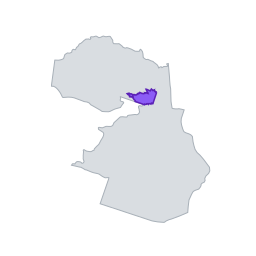 location of Serenje, Central, Zambia, rotated 289°
{"feature_id": "96606910B77122166525946", "entity_name": "Serenje", "entity_type": "district", "adm_level": 2, "iso_a3": "ZMB", "parent_name": "Zambia", "parent_adm1": "Central", "projection": "equal_earth", "projection_center": [30.192, -13.189], "detail": "fine", "context": "in_parent", "style": "filled", "palette": "violet", "viewbox_px": 256, "rotation_deg": 289, "n_neighbors": 0, "source": "geoboundaries", "source_scale": "gbopen_adm2", "svg_char_len": 6928}
<svg xmlns="http://www.w3.org/2000/svg" viewBox="0 0 256 256"><g transform="rotate(289 128 128)"><path d="M163.4,175.2L154.3,175.3L151.0,176.2L148.2,177.7L145.0,180.0L143.1,181.6L142.6,182.5L142.3,184.4L142.3,187.5L142.0,189.6L141.0,191.6L136.1,194.0L132.9,196.0L129.7,198.3L127.3,201.3L125.7,205.0L123.0,209.6L117.4,217.8L114.1,219.3L111.3,219.0L108.0,217.3L105.3,217.0L103.4,218.0L101.6,217.7L99.9,216.0L98.5,215.4L97.4,215.8L95.9,215.7L93.3,214.8L91.0,211.9L89.7,210.7L88.8,210.2L86.1,209.7L79.8,209.1L73.3,210.5L67.6,212.0L61.7,205.5L56.0,198.6L54.8,196.8L52.7,194.5L51.1,193.4L50.5,192.8L48.9,186.7L48.0,181.0L47.3,126.3L73.0,126.3L74.7,126.1L74.7,125.5L73.5,122.6L73.6,121.5L73.9,119.5L75.0,115.6L75.0,114.2L74.5,109.9L74.5,107.5L74.8,102.6L74.6,100.9L75.2,98.7L75.3,97.3L75.6,96.6L75.3,95.0L74.7,89.1L74.4,86.7L76.0,87.1L76.5,88.3L76.8,89.6L77.5,89.6L79.3,90.4L80.0,91.5L80.4,93.8L80.2,95.0L79.6,96.0L80.2,96.9L81.4,97.4L82.1,97.3L84.2,95.7L86.1,95.1L87.1,94.7L91.3,93.6L92.2,93.0L92.8,93.0L93.2,93.5L92.8,95.2L92.7,96.6L93.2,99.4L93.6,100.7L94.5,101.6L95.2,102.1L95.9,103.1L97.4,103.0L100.6,104.4L101.6,105.0L103.0,105.7L104.0,105.9L107.4,106.4L110.9,107.2L112.8,107.3L114.1,107.1L115.0,106.7L115.5,106.2L115.8,105.8L117.1,100.6L117.8,100.2L118.7,99.9L119.2,100.4L119.8,103.7L122.4,106.7L123.2,109.2L123.9,111.3L124.4,111.9L125.4,112.7L127.0,112.9L128.4,113.0L135.3,116.7L136.1,117.3L136.9,119.3L137.4,121.5L138.0,123.3L138.9,123.6L139.7,123.7L140.5,124.9L141.0,126.0L143.1,130.3L143.4,132.0L144.4,133.1L145.7,133.6L147.0,133.7L147.7,133.2L149.5,132.3L150.8,131.3L151.8,130.9L152.4,131.1L152.9,131.8L153.2,134.0L154.2,134.7L154.9,134.4L155.2,133.6L155.2,133.2L155.1,110.6L154.5,110.8L153.7,111.4L151.9,111.5L151.2,112.0L151.0,112.7L151.1,113.6L151.1,114.9L150.9,115.5L150.1,115.7L148.9,115.2L146.8,114.6L145.0,114.2L143.8,112.5L142.1,110.0L141.0,108.7L138.3,106.0L137.8,105.5L137.0,104.2L136.3,102.1L135.6,99.6L135.2,98.1L135.9,95.7L137.4,87.8L137.8,85.4L139.1,82.9L139.2,80.7L138.7,77.9L138.8,76.3L139.0,67.3L138.6,64.4L137.7,61.3L135.8,56.9L135.8,56.0L138.7,53.1L139.6,52.0L141.2,49.7L142.3,47.7L142.9,46.1L143.2,44.1L142.6,42.1L143.7,41.7L168.4,36.7L168.8,38.0L169.5,40.3L170.4,41.9L171.4,43.3L172.3,44.2L172.9,44.5L176.7,44.4L178.1,45.3L179.3,46.4L179.6,48.1L180.4,49.2L181.2,50.0L181.6,50.1L182.2,49.9L183.2,49.9L184.2,50.3L184.6,50.7L184.7,52.1L184.9,52.8L186.2,53.0L187.5,53.1L188.8,54.1L190.2,54.3L191.7,54.7L192.5,55.7L194.2,56.8L196.2,57.8L198.5,59.4L198.5,59.9L198.9,60.8L199.3,61.5L199.3,62.5L199.5,63.4L200.1,63.6L200.6,63.7L201.0,63.0L201.7,63.0L202.3,63.5L202.5,64.5L203.1,65.9L203.9,66.9L204.5,67.9L204.3,69.6L203.9,71.1L205.0,72.7L206.5,74.2L206.9,74.8L207.0,77.0L207.2,77.7L208.2,79.6L208.7,80.8L208.7,81.5L206.0,85.0L204.3,85.6L203.6,86.3L203.1,87.1L204.2,90.7L204.8,92.0L204.3,93.7L203.2,96.6L202.7,96.9L202.6,99.1L202.9,99.9L203.5,100.5L203.7,102.0L203.6,105.6L202.9,109.8L204.1,113.4L204.5,113.8L206.2,113.9L206.5,114.2L206.1,115.2L204.9,116.8L202.8,118.1L199.7,119.4L199.1,120.8L198.6,122.7L199.0,123.8L199.4,124.4L199.2,126.1L199.0,127.9L199.1,129.2L198.9,130.5L198.5,131.1L198.0,132.9L197.3,134.8L196.8,135.6L196.0,136.5L194.8,137.3L194.8,137.6L196.2,138.5L196.5,139.1L196.7,139.5L196.1,140.4L196.7,141.0L197.5,141.5L198.2,142.7L199.0,145.0L199.2,145.3L199.4,145.3L199.9,145.0L200.7,144.1L201.3,143.8L202.1,145.1L189.3,150.8L186.3,152.0L181.8,154.0L180.3,154.8L179.1,155.5L167.2,160.0L165.4,160.9L161.2,163.2L161.0,163.5L161.1,164.6L161.5,166.7L162.2,168.7L162.8,169.8L163.2,172.7L163.4,175.2Z" fill="#d9dde1" stroke="#a8b0b8" stroke-width="1"/><path d="M155.4,126.1L155.4,134.5L155.2,135.6L155.2,135.8L155.6,135.9L155.6,136.0L155.8,136.0L155.7,136.2L155.8,136.3L155.9,136.6L156.0,136.6L156.2,137.0L156.3,137.1L156.5,137.4L156.5,137.7L156.5,137.8L156.9,137.8L156.9,138.0L157.0,138.0L157.0,138.3L157.0,138.5L157.4,138.7L157.4,138.9L157.5,139.0L157.4,139.3L157.5,139.4L157.4,139.5L157.5,139.5L157.5,139.8L157.6,140.0L157.9,140.2L158.0,140.4L158.1,140.5L158.1,140.9L158.3,141.0L158.2,141.0L158.3,141.3L158.3,141.2L158.5,141.4L158.5,141.5L158.7,141.8L158.8,142.1L158.7,142.1L158.8,142.2L158.8,142.3L159.0,142.3L159.0,142.5L158.9,142.6L159.0,142.6L159.1,142.8L159.0,143.1L159.1,143.3L159.2,143.5L159.3,143.4L159.3,143.5L159.7,143.6L170.3,143.5L170.3,143.4L170.5,143.2L170.7,142.7L170.8,142.7L170.9,142.9L171.0,142.9L170.9,142.5L171.0,142.2L171.4,142.3L171.4,142.2L171.5,142.1L171.5,141.8L171.4,141.5L171.4,141.3L171.5,141.2L171.9,141.2L172.0,141.1L172.3,140.6L172.5,140.5L172.4,140.5L172.4,140.4L172.5,140.4L172.4,140.3L172.5,140.3L172.4,140.3L172.4,140.2L172.2,140.1L172.0,139.9L171.9,139.9L171.9,139.7L172.0,139.3L172.0,139.1L171.9,139.0L171.7,139.0L172.0,138.4L172.2,138.1L172.5,137.4L170.3,136.9L170.7,133.0L170.5,132.4L167.2,135.6L167.2,135.4L167.2,135.2L167.3,135.2L167.2,135.1L167.3,135.0L167.3,134.9L167.3,134.7L167.3,134.4L167.2,134.4L167.2,134.2L167.1,133.9L167.2,133.6L167.2,133.4L167.1,133.2L167.0,132.9L166.9,132.9L166.9,133.0L166.8,132.9L166.7,132.8L166.7,132.7L166.6,132.8L166.4,132.8L166.4,132.6L166.2,132.2L166.2,132.3L166.1,132.2L165.9,131.8L165.7,131.8L165.7,131.7L165.6,131.4L165.5,131.2L165.4,131.2L165.3,130.8L165.3,130.6L165.4,130.4L165.4,129.9L165.4,129.7L165.1,129.4L165.5,128.4L165.3,128.0L165.3,127.8L165.4,127.6L164.9,127.5L164.5,126.8L164.2,126.7L164.1,126.9L164.0,126.7L164.2,126.4L164.0,126.2L163.9,126.1L163.7,126.3L163.4,126.4L163.3,126.2L163.2,126.2L163.0,125.9L162.9,125.6L162.6,125.3L162.4,125.3L162.1,125.3L162.1,125.2L161.9,124.9L161.9,125.0L161.9,124.9L161.9,124.7L161.7,124.4L161.8,124.4L161.7,124.3L161.7,124.2L161.6,123.9L161.5,123.7L161.6,123.4L161.7,123.2L161.6,122.8L161.6,122.7L161.4,122.4L161.1,122.4L160.9,122.2L161.0,122.2L160.9,121.6L161.0,121.5L160.9,121.4L161.0,121.3L161.1,120.9L161.3,120.7L161.3,120.4L161.3,120.2L161.4,119.9L161.3,119.7L161.2,119.7L161.0,119.4L161.0,119.2L161.1,118.9L161.1,118.7L161.2,118.3L161.2,118.2L161.3,118.0L161.3,117.9L161.2,117.8L160.9,117.7L160.8,117.4L160.7,117.4L160.8,117.1L160.7,117.0L160.7,116.9L160.8,116.8L160.7,116.7L160.3,116.4L160.3,116.2L160.2,116.0L160.0,116.3L160.0,116.6L159.9,116.7L159.9,116.8L159.7,116.9L159.8,117.1L159.7,117.2L159.7,117.4L159.8,117.5L159.7,117.6L159.6,117.9L159.5,118.0L159.4,118.1L159.5,118.3L159.4,118.4L159.3,118.6L159.2,118.6L158.8,118.7L158.8,118.8L158.8,119.0L158.7,119.0L158.4,119.4L158.3,119.6L158.2,119.6L158.3,119.8L158.3,120.1L158.2,120.1L158.2,120.3L158.3,120.5L158.5,120.4L158.5,120.5L158.6,120.9L158.8,121.0L158.6,120.9L158.5,121.0L158.7,121.3L158.8,121.4L158.9,121.5L158.8,121.8L158.7,121.9L158.7,122.1L158.8,122.2L158.8,122.3L158.7,122.3L158.8,122.5L159.0,122.6L158.8,122.7L158.8,122.8L158.7,122.8L158.5,123.0L158.3,123.1L157.8,123.1L157.7,123.3L157.4,123.7L157.4,123.9L157.2,124.1L156.8,124.5L156.7,124.9L156.7,125.0L156.5,125.5L156.3,125.7L156.2,125.9L156.1,126.0L155.9,126.2L155.6,126.1L155.4,126.1Z" fill="#8b5cf6" stroke="#5b21b6" stroke-width="1.5"/></g></svg>